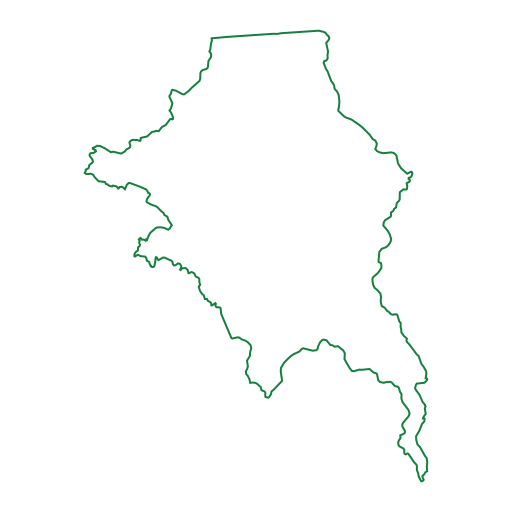 outline of Mchinji, Mchinji, Malawi
{"feature_id": "42251766B46471952803478", "entity_name": "Mchinji", "entity_type": "district", "adm_level": 2, "iso_a3": "MWI", "parent_name": "Malawi", "parent_adm1": "Mchinji", "projection": "albers", "projection_center": [33.098, -13.779], "detail": "fine", "context": "isolated", "style": "outline", "palette": "green", "viewbox_px": 512, "rotation_deg": 0, "n_neighbors": 0, "source": "geoboundaries", "source_scale": "gbopen_adm2", "svg_char_len": 6046}
<svg xmlns="http://www.w3.org/2000/svg" viewBox="0 0 512 512"><path d="M211.6,38.3L211.9,40.9L211.1,43.1L210.2,49.8L209.4,51.5L210.9,53.5L211.2,55.5L210.9,57.2L208.4,61.1L208.0,66.7L207.4,68.1L206.2,69.1L202.4,70.1L200.9,71.7L200.4,73.2L200.2,79.1L199.4,81.0L192.0,87.5L188.2,91.4L184.2,94.3L182.7,94.3L175.7,90.6L172.6,89.8L171.7,90.3L171.0,93.7L169.6,95.5L169.4,96.8L172.4,103.2L171.0,108.3L169.5,110.5L171.1,112.7L171.9,114.5L173.1,117.5L172.9,119.0L172.3,119.4L171.3,118.9L170.2,119.1L165.7,125.0L161.9,127.0L158.7,131.2L156.0,130.8L154.7,131.5L152.0,131.9L147.2,136.4L140.8,137.9L140.5,140.4L140.1,140.9L137.5,140.1L132.8,139.8L131.5,140.3L130.2,141.3L129.4,142.6L130.4,145.5L129.9,147.3L129.1,148.1L126.5,149.3L124.8,151.5L121.1,153.6L113.2,151.7L110.9,152.2L104.8,148.3L99.8,145.9L96.9,145.8L94.5,147.3L92.8,147.9L92.9,148.9L95.7,150.3L95.9,151.4L93.7,152.8L90.4,153.3L89.5,155.0L89.8,156.1L92.4,159.5L93.0,161.6L92.1,162.8L89.4,164.9L88.5,168.3L85.7,169.6L85.8,171.0L84.7,172.9L85.9,173.9L87.7,174.1L90.5,173.7L92.3,174.3L93.3,174.9L94.5,177.0L98.6,181.3L104.7,181.9L105.3,182.4L105.7,183.8L107.6,184.4L107.9,185.0L110.4,186.2L112.1,186.4L112.9,185.6L115.9,186.2L116.9,186.8L118.2,188.6L118.8,188.3L119.5,187.0L121.8,186.8L123.2,187.5L124.9,189.2L126.9,184.7L128.6,183.1L129.7,182.9L139.9,186.7L146.1,189.4L147.6,191.4L147.9,192.6L149.7,193.5L150.0,194.5L149.6,195.6L147.2,198.6L146.5,201.1L146.8,202.2L152.1,205.0L155.8,206.1L157.6,207.4L161.4,211.3L163.5,212.9L164.5,215.1L167.3,216.6L168.4,220.0L171.9,225.3L170.9,226.4L169.9,228.3L168.2,229.7L164.3,227.9L161.0,227.3L157.8,227.3L156.0,227.9L150.4,232.7L148.3,236.4L147.0,240.0L146.5,239.6L146.5,240.4L145.8,240.8L143.9,239.6L142.0,239.7L140.6,238.0L139.7,238.4L138.8,239.5L139.7,240.6L139.1,242.5L140.0,244.9L139.4,246.3L138.1,247.3L137.9,250.4L135.9,251.9L134.5,254.1L134.4,256.2L135.1,256.5L137.7,254.8L140.9,256.2L145.2,256.6L146.4,258.2L146.9,260.8L149.1,261.8L150.0,264.7L150.9,265.5L150.7,266.2L152.0,267.1L153.8,266.8L154.2,266.3L155.0,263.3L155.6,258.0L156.1,257.1L156.9,257.6L157.9,259.8L158.7,260.0L163.1,257.5L164.6,257.6L171.7,260.9L172.5,262.0L172.9,264.2L174.0,265.4L175.3,265.3L178.1,263.4L179.9,263.9L181.2,265.9L181.0,268.0L180.1,269.7L180.4,270.0L182.5,268.2L185.7,268.1L187.5,269.6L188.5,273.1L189.3,273.1L191.2,272.1L192.2,272.2L194.4,273.5L195.7,276.5L198.5,277.8L199.3,279.0L199.4,282.5L200.2,284.8L199.0,286.1L198.8,287.2L200.1,291.1L202.3,294.3L203.7,295.1L204.8,299.0L206.9,299.0L207.8,300.8L210.4,302.2L211.1,303.3L211.4,305.4L212.2,305.3L215.3,303.1L215.8,303.7L215.4,305.7L216.1,306.9L216.8,307.3L219.6,307.4L220.6,308.2L221.2,313.9L231.4,338.1L232.5,338.5L237.7,337.3L239.1,337.5L241.6,339.3L245.0,340.5L247.7,342.1L250.5,345.1L251.3,348.1L250.1,352.2L249.9,355.9L247.0,360.7L247.9,366.3L247.1,369.0L245.8,371.4L246.3,374.3L247.7,375.7L249.4,379.2L250.3,382.9L253.0,382.5L255.3,382.9L257.0,383.7L260.7,387.1L261.5,390.2L264.6,391.5L265.4,393.1L265.2,395.0L265.5,397.0L268.2,397.7L268.9,397.3L271.0,394.2L271.5,391.5L273.8,389.6L282.1,380.8L280.8,371.9L280.9,368.1L283.9,363.0L288.0,358.7L291.1,355.9L294.0,354.0L299.3,351.6L301.4,349.3L303.1,348.3L312.8,350.7L316.5,350.2L317.6,348.8L318.2,346.1L320.2,342.1L322.0,340.2L323.2,339.6L326.4,340.2L330.2,344.8L332.7,345.4L334.5,346.7L338.0,346.2L343.2,350.4L344.8,353.2L344.5,359.2L349.8,368.3L352.0,371.0L353.9,371.2L359.2,369.6L361.6,369.8L369.5,369.0L373.7,372.6L376.1,373.3L377.0,374.1L378.2,380.1L379.9,382.0L383.7,382.8L386.7,382.0L390.3,381.8L391.8,382.5L394.4,385.7L395.9,386.4L398.0,386.7L398.9,388.0L400.0,391.8L401.5,394.3L401.4,398.6L402.5,402.1L408.4,409.9L409.6,413.6L408.5,416.4L403.2,422.6L402.4,424.1L402.3,426.3L404.9,431.0L404.9,432.4L404.4,433.4L400.2,435.4L400.5,438.0L398.8,440.6L398.2,442.3L398.5,445.1L399.3,446.3L403.6,448.6L404.3,450.0L404.2,452.9L404.6,453.7L405.7,454.4L407.3,453.5L408.3,453.7L414.2,462.4L416.4,464.6L416.9,466.0L416.9,470.1L418.2,473.3L418.7,476.5L421.1,481.2L421.8,481.3L423.3,480.5L423.7,479.8L422.5,477.3L422.4,476.0L424.0,474.6L425.5,472.2L427.2,471.2L426.8,466.9L427.3,462.1L426.6,458.0L424.9,455.8L420.0,447.1L417.5,444.5L416.2,439.7L416.1,436.2L419.4,430.6L422.0,424.0L424.3,421.4L424.6,418.8L424.3,418.4L423.0,418.4L423.6,416.7L425.7,413.9L424.8,408.5L425.6,406.4L425.0,405.5L425.0,404.8L422.7,402.1L419.4,394.7L415.8,389.8L415.0,388.1L416.1,384.6L416.8,383.6L424.3,382.8L426.5,380.9L427.2,379.6L427.1,378.7L425.6,378.3L426.4,373.8L426.1,371.2L423.7,366.9L421.5,364.1L418.5,355.8L416.8,354.5L409.5,344.6L406.8,341.8L406.5,340.4L406.9,338.6L403.8,335.8L401.4,332.4L401.2,329.1L400.6,327.1L400.7,323.0L399.3,321.4L397.3,314.8L395.8,314.2L392.8,314.7L391.0,314.2L388.9,312.0L387.0,310.8L384.7,307.7L381.8,306.1L380.9,302.7L380.7,299.8L381.1,297.6L380.5,293.8L377.7,290.4L374.5,287.7L373.1,284.7L372.4,280.1L372.5,278.5L373.0,277.3L378.1,272.8L381.3,268.1L381.4,265.4L381.0,263.2L378.8,262.1L378.5,261.4L379.3,251.9L381.7,248.8L385.8,247.3L388.2,245.4L389.9,243.0L390.9,240.8L391.0,238.5L389.7,234.3L387.5,230.4L383.3,225.6L383.7,222.5L385.0,220.3L390.7,216.6L391.1,215.2L390.9,212.9L391.3,212.2L393.0,211.3L394.2,208.8L396.0,207.4L396.8,203.1L399.0,200.8L399.7,199.4L399.8,192.2L403.3,189.4L405.9,189.6L406.9,189.1L407.3,185.9L406.6,183.5L407.0,182.9L409.2,182.0L409.8,181.0L410.0,180.3L408.6,178.9L408.5,178.2L409.1,177.7L410.6,177.3L411.4,176.4L412.4,173.3L412.0,172.3L411.6,171.8L410.5,171.9L407.2,173.7L401.1,168.3L398.1,163.6L396.5,155.8L395.5,154.4L393.6,152.9L390.9,152.4L383.4,153.2L380.1,152.5L377.0,151.1L375.3,149.0L376.5,145.8L376.8,143.6L375.4,140.6L372.7,139.1L369.7,134.8L362.8,127.8L359.3,124.9L351.4,119.5L346.4,117.7L344.3,116.6L338.4,110.9L338.2,109.9L339.0,106.8L339.4,101.8L338.6,94.7L337.2,91.8L334.6,88.7L334.1,85.5L332.6,82.7L331.2,81.1L327.6,71.4L325.9,68.8L323.6,62.8L324.4,60.9L325.5,60.9L326.5,60.3L327.7,58.3L327.5,54.9L328.1,51.6L326.2,43.0L328.9,39.6L329.3,37.9L328.3,35.8L327.4,35.4L325.3,32.6L322.6,31.6L318.7,30.7L281.2,33.2L277.4,33.9L273.1,33.8L227.3,36.9L211.6,38.3Z" fill="none" stroke="#15803d" stroke-width="2"/></svg>